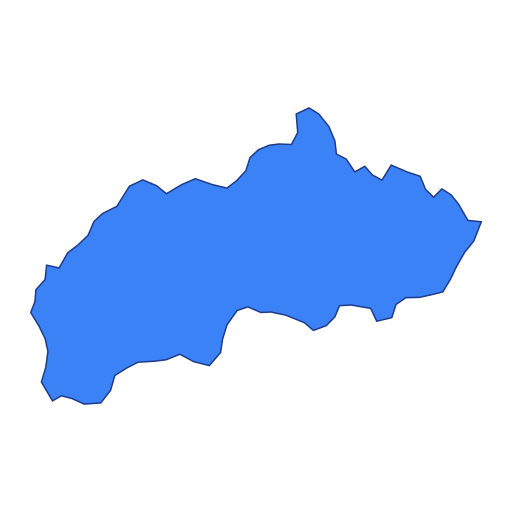 Louveira, São Paulo, Brazil (Robinson projection)
{"feature_id": "56859067B25625796760656", "entity_name": "Louveira", "entity_type": "district", "adm_level": 2, "iso_a3": "BRA", "parent_name": "Brazil", "parent_adm1": "São Paulo", "projection": "robinson", "projection_center": [-46.935, -23.083], "detail": "fine", "context": "isolated", "style": "filled", "palette": "blue", "viewbox_px": 512, "rotation_deg": 0, "n_neighbors": 0, "source": "geoboundaries", "source_scale": "gbopen_adm2", "svg_char_len": 1253}
<svg xmlns="http://www.w3.org/2000/svg" viewBox="0 0 512 512"><path d="M309.0,107.9L296.2,114.0L297.7,132.6L291.4,144.5L279.1,144.0L269.3,145.2L258.6,149.6L250.0,157.6L245.9,170.7L236.7,180.6L227.0,188.1L212.0,184.5L195.3,178.7L181.9,184.5L166.4,193.7L156.6,185.7L142.8,179.9L129.4,186.2L116.9,206.3L102.4,213.6L93.9,221.6L88.0,235.4L78.0,244.9L67.7,252.8L59.1,267.9L46.6,265.2L45.1,279.5L35.9,289.7L34.9,301.8L30.7,312.5L39.1,326.3L45.1,338.6L47.9,351.3L45.8,367.2L41.4,382.0L52.5,400.9L61.3,395.8L71.9,398.5L84.2,404.1L100.8,402.9L110.6,390.3L114.8,375.5L126.7,368.0L138.0,362.2L154.7,361.2L166.4,359.7L179.8,354.2L193.8,361.7L209.3,365.6L220.6,352.5L222.6,339.1L227.0,324.8L237.1,310.5L247.9,306.9L260.9,312.5L270.9,312.0L285.6,315.1L304.4,322.7L313.4,330.4L326.3,325.6L334.9,316.8L339.5,305.7L351.0,305.0L370.7,308.4L376.7,321.2L391.8,317.6L396.0,304.5L405.8,297.7L419.2,297.4L430.3,295.0L442.8,291.9L450.3,279.5L456.6,266.4L464.6,252.4L473.8,241.0L481.3,221.8L467.9,220.4L458.7,204.4L451.2,194.9L441.8,188.9L433.6,197.3L425.5,189.3L420.2,176.3L406.9,171.9L391.2,165.1L382.0,180.1L372.4,175.0L364.8,166.3L354.8,171.9L346.2,159.1L336.4,154.0L334.9,140.9L328.9,126.6L318.8,114.0L309.0,107.9Z" fill="#3b82f6" stroke="#1e3a8a" stroke-width="1.5"/></svg>